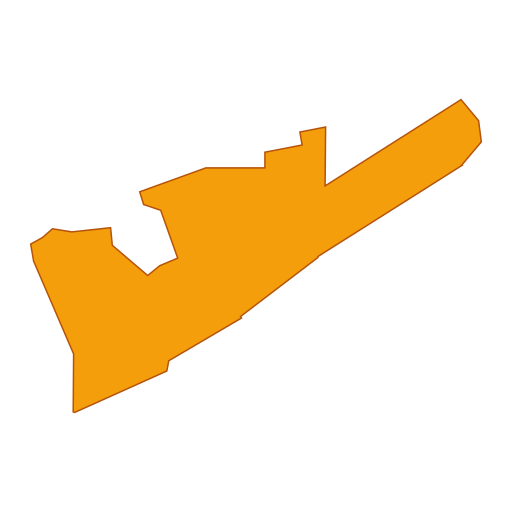 the district of 55, Ar Rayyān, Qatar
{"feature_id": "91078587B56593237076105", "entity_name": "55", "entity_type": "district", "adm_level": 2, "iso_a3": "QAT", "parent_name": "Qatar", "parent_adm1": "Ar Rayyān", "projection": "natural_earth1", "projection_center": [51.389, 25.225], "detail": "fine", "context": "isolated", "style": "filled", "palette": "amber", "viewbox_px": 512, "rotation_deg": 0, "n_neighbors": 0, "source": "geoboundaries", "source_scale": "gbopen_adm2", "svg_char_len": 578}
<svg xmlns="http://www.w3.org/2000/svg" viewBox="0 0 512 512"><path d="M73.2,411.9L74.7,412.4L166.8,371.0L168.8,360.7L241.5,318.0L240.5,316.5L317.9,257.5L317.9,256.5L412.8,196.5L435.4,182.2L462.1,165.3L461.7,165.1L481.3,141.9L478.6,120.7L461.0,99.6L325.1,185.9L325.6,127.0L299.9,132.0L302.1,145.0L264.9,152.2L264.9,167.9L205.8,167.9L139.7,191.8L143.6,204.5L160.7,210.3L177.7,258.1L159.7,265.7L147.7,275.5L133.7,263.6L112.3,245.3L110.6,227.7L71.8,231.9L52.5,228.8L42.5,237.5L30.7,244.1L33.6,261.1L73.6,353.9L73.2,411.9Z" fill="#f59e0b" stroke="#b45309" stroke-width="1.5"/></svg>